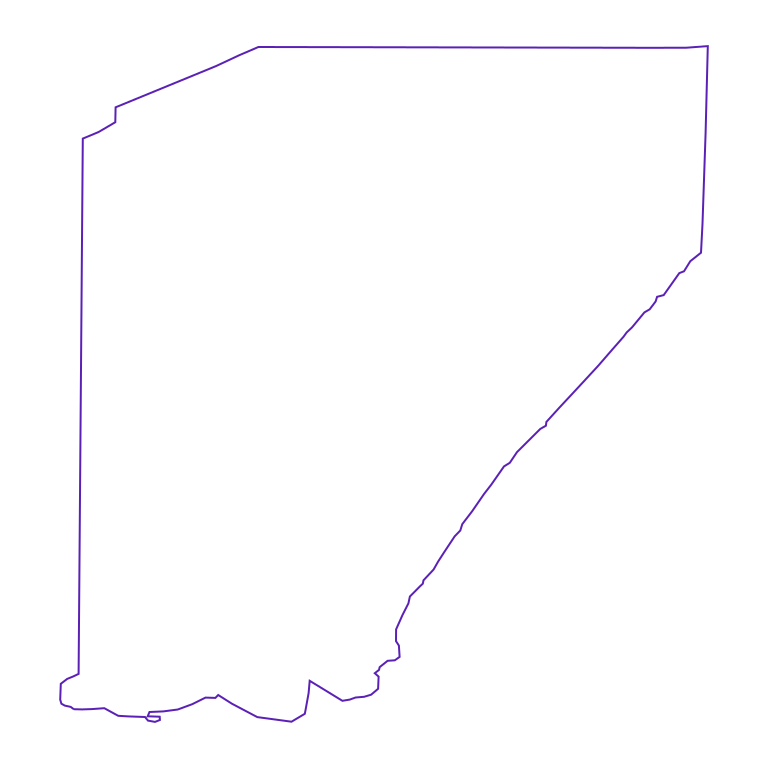 N'Gourti, Diffa, Niger
{"feature_id": "23599985B32057380818540", "entity_name": "N'Gourti", "entity_type": "district", "adm_level": 2, "iso_a3": "NER", "parent_name": "Niger", "parent_adm1": "Diffa", "projection": "orthographic", "projection_center": [13.567, 16.185], "detail": "fine", "context": "isolated", "style": "outline", "palette": "violet", "viewbox_px": 768, "rotation_deg": 0, "n_neighbors": 0, "source": "geoboundaries", "source_scale": "gbopen_adm2", "svg_char_len": 1318}
<svg xmlns="http://www.w3.org/2000/svg" viewBox="0 0 768 768"><path d="M73.7,709.2L82.0,709.4L91.6,709.1L104.3,708.2L118.2,715.8L128.3,716.4L145.0,717.0L148.0,720.6L155.0,721.9L159.9,720.0L159.7,716.7L147.7,716.3L149.5,712.0L163.3,711.4L177.8,709.5L192.2,704.2L205.5,697.6L215.4,697.9L218.2,695.0L231.9,703.7L257.3,717.1L291.5,721.7L304.8,713.8L305.4,710.8L308.6,693.2L309.7,680.8L342.4,700.8L349.7,699.6L355.6,697.5L364.1,696.8L371.1,694.7L378.1,688.8L378.6,676.6L374.8,673.2L379.0,669.9L379.7,667.1L387.6,660.8L394.8,660.3L399.6,656.9L398.9,645.6L396.0,641.1L396.1,629.4L402.5,615.0L408.4,603.4L409.9,596.5L419.9,586.4L422.8,583.7L423.5,580.3L433.6,569.5L438.1,561.6L444.3,552.0L454.7,536.3L460.3,530.5L462.3,524.1L472.1,511.3L484.1,493.9L491.3,484.6L504.0,466.4L509.8,462.8L517.0,452.1L540.3,428.9L545.9,425.7L546.4,421.9L559.3,407.7L577.2,388.5L598.1,365.9L612.5,349.3L623.4,336.9L626.7,332.4L632.0,327.4L644.4,312.4L649.7,309.3L655.6,301.5L657.1,296.8L663.7,295.1L679.3,273.1L684.0,271.3L690.3,261.2L701.0,252.7L702.5,223.8L705.6,132.9L707.8,46.1L686.6,47.7L652.1,47.8L258.4,47.0L239.3,55.2L216.2,66.0L115.6,107.3L115.3,122.2L98.6,132.0L82.8,138.6L78.6,673.9L73.1,676.5L67.2,678.9L60.8,683.8L60.2,699.6L61.4,703.7L64.8,705.6L70.7,706.9L73.8,709.2L73.7,709.2Z" fill="none" stroke="#5b21b6" stroke-width="2"/></svg>